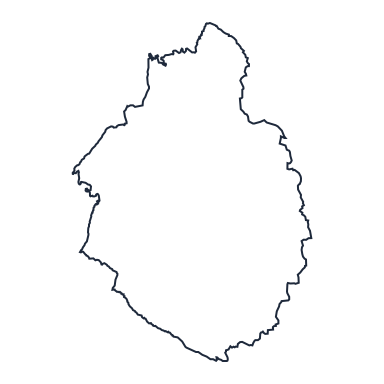 the district of Sanqebethu, Mokhotlong, Lesotho
{"feature_id": "5366337B9113351497763", "entity_name": "Sanqebethu", "entity_type": "district", "adm_level": 2, "iso_a3": "LSO", "parent_name": "Lesotho", "parent_adm1": "Mokhotlong", "projection": "equal_earth", "projection_center": [29.193, -29.287], "detail": "fine", "context": "isolated", "style": "outline", "palette": "slate", "viewbox_px": 384, "rotation_deg": 0, "n_neighbors": 0, "source": "geoboundaries", "source_scale": "gbopen_adm2", "svg_char_len": 5888}
<svg xmlns="http://www.w3.org/2000/svg" viewBox="0 0 384 384"><path d="M210.4,359.2L213.1,359.2L216.1,360.8L216.9,359.9L216.5,357.3L217.3,357.5L218.8,359.1L221.1,359.8L222.7,361.0L226.9,361.0L227.5,360.6L227.8,359.1L227.5,357.3L225.2,352.7L226.0,351.6L226.0,350.3L228.5,349.5L230.4,346.3L232.0,347.6L233.5,346.7L234.7,347.3L235.6,346.6L237.4,346.8L237.9,343.9L240.1,342.1L242.2,341.9L249.3,345.4L250.8,345.0L252.4,345.4L253.4,342.7L254.7,340.6L255.4,340.1L258.0,340.1L259.9,338.6L260.3,333.5L261.2,332.4L262.2,332.3L262.9,331.6L264.0,333.1L265.2,333.9L267.7,333.7L267.9,330.1L273.1,329.6L272.9,327.1L273.8,326.2L275.9,325.9L275.6,324.5L278.4,323.5L278.4,320.4L275.9,316.8L276.8,311.3L279.1,306.4L279.5,304.1L281.3,302.0L281.6,301.1L288.3,300.4L289.2,299.4L289.2,296.8L287.3,293.1L287.0,291.5L287.4,284.2L287.9,283.0L290.3,283.5L294.3,283.3L295.5,283.8L298.7,282.8L298.5,277.4L297.8,274.7L300.3,272.5L302.7,269.3L304.8,267.4L305.0,265.9L306.2,265.6L306.0,259.5L304.6,258.7L303.0,256.6L302.3,254.1L301.6,249.9L302.0,247.2L303.0,245.6L301.6,241.1L303.6,239.7L306.2,239.8L308.5,238.2L311.3,238.1L310.0,230.8L308.1,227.2L308.3,224.3L307.8,222.1L308.2,220.5L305.9,220.1L305.3,216.8L304.0,215.4L302.1,214.4L302.4,212.7L299.8,211.0L300.2,209.8L302.5,208.1L302.1,206.4L303.9,205.2L302.9,203.2L303.2,201.9L300.7,197.4L301.0,194.9L298.1,189.6L297.9,185.8L298.8,184.5L299.7,184.1L300.9,181.2L301.0,178.3L300.6,176.3L298.9,173.1L294.6,169.9L293.2,170.2L292.5,168.7L289.1,169.4L287.4,168.8L287.5,163.1L288.9,163.5L290.0,163.2L291.1,161.9L291.7,160.5L290.4,156.0L289.9,152.1L289.2,150.7L286.8,149.7L285.5,145.5L279.7,143.6L280.9,138.0L280.9,136.4L284.5,138.0L285.5,138.0L284.2,136.4L281.9,130.7L277.8,126.4L275.6,125.2L266.7,122.5L264.2,120.1L260.5,121.8L254.4,123.5L252.9,123.5L249.6,121.8L248.6,120.8L248.0,116.5L246.8,114.5L244.7,113.7L243.4,111.7L240.8,109.2L239.9,98.5L241.5,98.2L242.3,97.4L242.3,89.7L243.5,88.7L243.4,87.1L240.3,80.6L241.3,78.4L242.5,77.3L244.4,75.8L246.3,75.5L245.9,73.8L244.7,71.8L245.8,67.4L247.7,66.1L248.9,66.1L249.0,64.1L247.8,63.1L246.8,61.3L247.8,58.1L245.8,57.3L245.3,54.8L242.9,52.2L243.9,50.9L240.9,48.2L240.5,46.8L238.1,44.0L236.8,43.4L236.2,40.4L234.0,38.1L231.2,36.1L228.8,36.0L228.9,34.6L225.6,33.5L223.4,32.1L220.8,29.6L218.4,28.7L216.6,25.9L215.9,26.0L215.4,25.3L209.9,23.0L207.8,23.7L206.9,23.3L206.0,23.9L205.3,26.3L204.5,27.0L204.5,28.1L203.6,29.9L203.6,31.0L202.0,31.6L202.0,33.4L201.2,34.5L201.7,35.0L200.3,36.2L200.1,36.9L199.3,36.9L199.3,37.5L199.9,38.4L198.9,38.5L198.9,39.1L198.3,39.4L197.5,40.9L197.3,42.4L196.8,42.8L197.3,44.2L195.5,47.2L196.1,51.4L194.9,52.7L194.1,52.3L192.1,52.4L187.1,48.5L186.1,48.8L185.9,51.0L184.4,52.6L182.9,51.6L182.6,49.3L181.9,48.7L181.2,49.7L180.5,52.3L179.0,53.0L175.7,50.6L173.9,50.7L173.0,51.4L173.5,53.7L173.2,54.3L171.5,54.1L168.9,54.9L165.3,55.2L163.5,57.5L161.8,57.4L161.2,57.9L161.2,59.3L162.6,59.8L163.7,60.9L163.8,63.3L165.8,63.7L166.0,64.7L165.5,65.7L163.1,64.5L161.9,62.9L158.8,62.6L157.3,57.5L158.2,56.2L157.6,55.3L155.5,56.2L155.6,58.4L155.2,58.8L154.4,58.7L153.2,57.7L152.7,57.9L152.8,59.6L152.1,60.1L151.3,58.1L151.8,56.2L150.3,53.8L149.2,54.1L149.1,55.8L150.2,57.3L149.9,58.2L148.4,59.1L148.5,67.7L147.5,71.9L148.0,74.4L147.2,77.4L147.8,84.0L149.0,86.7L149.0,88.5L147.0,92.2L145.3,96.9L143.6,99.5L142.9,101.8L142.6,105.4L135.0,106.9L133.0,105.3L130.5,105.3L127.9,106.6L127.3,106.1L125.6,110.0L124.1,111.5L124.9,116.6L126.6,121.9L126.6,123.3L124.9,123.6L124.5,124.2L124.7,124.8L124.2,125.2L123.1,124.5L118.6,125.1L117.0,126.1L116.4,127.3L113.7,127.6L112.8,126.6L111.1,126.4L107.1,128.4L105.6,130.1L105.2,131.8L102.4,135.4L101.9,137.1L98.5,141.3L97.8,142.8L95.8,144.6L95.3,145.8L92.2,148.7L89.2,153.6L87.9,153.9L85.0,156.1L84.5,156.6L84.1,158.4L81.8,159.8L80.9,161.8L80.2,162.2L79.4,164.3L78.1,165.2L77.3,165.2L75.3,166.9L74.3,168.6L74.5,170.6L72.7,172.9L72.9,174.7L73.6,173.0L75.8,173.2L76.9,171.7L78.4,170.9L78.9,172.3L78.5,173.8L79.2,178.2L78.4,182.0L78.8,183.7L79.5,184.4L80.2,184.3L80.8,183.5L80.9,182.1L81.4,181.9L85.6,182.8L88.2,184.6L89.7,184.8L91.0,186.4L90.6,190.1L89.2,190.6L87.5,189.5L86.9,188.6L85.8,188.9L85.6,190.6L86.3,191.4L87.8,191.6L88.3,190.8L89.4,191.5L89.9,192.6L90.0,195.8L90.5,196.3L92.5,195.7L93.0,196.4L94.5,196.4L96.1,195.7L96.1,194.7L96.6,194.2L97.4,193.9L98.1,194.3L98.8,195.7L99.5,200.7L98.9,201.5L98.0,200.7L97.0,201.3L98.1,203.6L96.8,204.5L96.2,203.9L95.7,204.1L94.4,205.9L94.5,206.7L93.6,207.6L93.4,210.2L93.1,210.3L92.8,211.4L92.6,211.0L92.6,212.5L92.1,212.7L91.5,214.4L91.1,215.5L91.3,216.5L89.7,221.5L89.9,222.8L89.0,224.4L89.0,226.4L88.3,228.0L88.0,232.4L88.5,233.9L88.4,235.1L86.9,241.4L85.0,243.6L84.5,245.2L82.9,247.4L82.0,249.5L81.2,250.0L80.0,252.1L80.9,252.4L82.0,251.7L83.2,251.8L85.6,254.7L86.2,254.9L86.4,255.6L87.7,256.1L88.9,257.5L89.3,258.7L93.4,258.4L95.4,260.3L96.9,259.8L98.7,260.1L100.8,262.3L101.5,264.5L102.2,264.6L102.7,263.8L104.4,263.2L106.9,264.8L107.3,265.7L108.9,266.6L110.0,268.1L112.2,269.1L112.6,270.3L116.5,272.0L116.9,273.2L117.4,273.6L117.4,275.1L115.5,279.6L114.7,285.6L112.8,287.9L112.4,289.8L114.6,289.5L114.9,290.2L117.1,291.9L117.9,291.7L119.3,292.3L119.9,291.9L120.9,292.7L121.3,293.7L121.9,293.6L122.3,294.3L123.6,294.3L123.5,295.2L123.8,295.9L124.4,296.1L124.1,297.1L125.3,297.7L126.5,298.9L127.3,300.7L127.3,301.7L128.3,302.7L128.5,304.2L129.8,306.3L132.0,308.3L133.0,310.1L134.9,311.0L135.4,312.0L136.4,312.5L137.8,314.6L141.6,315.5L142.1,317.2L143.7,318.4L144.3,318.0L144.5,318.5L145.6,318.7L147.1,321.6L149.1,323.4L150.9,323.1L151.1,323.8L152.9,324.9L152.9,325.5L154.2,326.1L155.4,325.9L158.1,328.2L160.1,328.7L161.9,330.1L163.5,330.5L165.0,331.4L165.6,331.1L167.8,332.3L168.4,331.9L168.6,332.4L170.0,332.7L171.5,334.7L172.4,335.0L172.5,335.7L173.1,335.8L173.5,336.6L177.7,337.4L182.2,341.5L185.4,346.8L186.4,347.6L196.0,352.0L198.3,352.0L202.3,354.8L206.7,356.6L210.4,359.2Z" fill="none" stroke="#1e293b" stroke-width="2"/></svg>